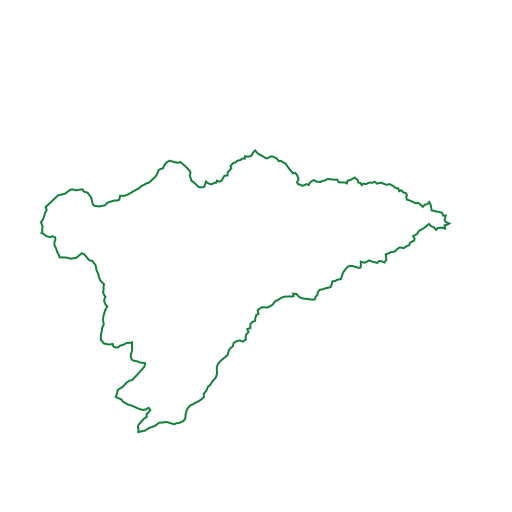 the district of Guarani de Goiás, Goiás, Brazil, rotated 159°
{"feature_id": "56859067B43710707845726", "entity_name": "Guarani de Goiás", "entity_type": "district", "adm_level": 2, "iso_a3": "BRA", "parent_name": "Brazil", "parent_adm1": "Goiás", "projection": "albers", "projection_center": [-46.452, -13.879], "detail": "fine", "context": "isolated", "style": "outline", "palette": "green", "viewbox_px": 512, "rotation_deg": 159, "n_neighbors": 0, "source": "geoboundaries", "source_scale": "gbopen_adm2", "svg_char_len": 5081}
<svg xmlns="http://www.w3.org/2000/svg" viewBox="0 0 512 512"><g transform="rotate(159 256 256)"><path d="M429.0,133.8L422.0,132.8L417.2,133.8L411.3,133.6L406.1,135.1L403.5,134.2L399.0,133.1L392.5,128.1L390.4,128.5L387.9,127.7L382.8,127.9L380.2,129.7L378.6,133.2L377.0,135.2L375.9,137.0L373.6,138.8L370.8,140.1L367.6,140.2L364.9,140.8L361.9,140.9L358.7,141.7L355.2,142.9L354.2,146.1L350.4,148.2L347.8,151.1L344.9,152.1L341.4,154.7L337.0,157.0L334.5,160.2L332.6,165.9L330.2,169.0L325.6,171.2L318.4,173.5L316.9,175.2L314.7,178.2L312.5,179.2L310.0,180.0L308.1,182.8L305.1,183.4L301.3,183.0L299.1,180.8L295.4,181.6L294.9,183.7L293.4,186.1L290.3,187.5L290.3,190.9L287.0,190.8L285.8,194.2L283.1,195.8L280.1,195.7L278.9,198.3L276.8,200.8L274.4,201.0L273.9,204.8L269.2,206.1L266.1,205.0L264.3,203.9L260.8,204.0L257.8,204.7L254.4,206.8L250.1,207.3L246.5,208.0L243.9,207.9L241.7,207.0L239.7,206.5L237.6,205.4L235.2,205.1L234.9,207.6L231.8,206.0L230.6,202.7L228.9,200.5L225.5,198.4L223.0,197.3L220.1,195.5L216.8,194.3L214.9,196.6L212.6,197.7L211.1,200.2L208.6,201.6L205.3,200.9L202.4,201.0L199.9,200.5L197.6,200.2L195.3,202.7L193.7,205.0L191.3,204.3L188.3,204.7L185.2,204.0L183.4,205.9L180.7,209.3L177.2,211.6L174.0,213.2L171.7,212.9L169.6,212.1L167.2,210.4L164.9,208.3L162.6,207.7L161.3,210.0L160.2,213.2L157.3,210.9L155.0,210.8L152.1,211.4L149.3,209.0L145.3,206.1L142.7,207.2L140.2,205.7L138.5,203.9L135.9,205.5L134.9,208.3L134.2,211.2L131.7,210.9L128.7,211.2L124.8,210.5L121.4,211.9L118.8,212.5L115.3,210.4L111.9,211.2L109.0,211.2L107.7,213.1L105.5,213.6L102.7,213.8L101.6,215.6L102.2,218.2L97.8,218.9L94.4,221.2L91.8,221.4L88.5,222.1L83.0,223.9L81.8,221.1L79.8,219.2L78.4,215.8L76.3,217.0L72.0,215.7L69.6,213.8L69.0,217.1L66.4,216.7L63.9,217.1L66.6,219.7L67.1,222.0L65.8,223.9L64.4,225.8L66.8,226.6L66.9,229.9L71.3,232.7L73.5,234.3L75.7,235.5L74.6,241.0L75.0,244.3L77.1,243.1L80.1,243.3L82.7,242.1L83.8,244.7L85.7,247.6L87.9,248.0L90.0,250.1L91.9,252.1L95.0,254.7L94.7,257.0L93.2,258.9L93.8,261.3L95.8,262.5L96.6,265.3L99.1,265.2L99.0,268.3L100.8,269.0L102.0,270.8L103.6,273.1L105.5,275.2L108.9,275.8L110.7,277.6L113.5,279.8L117.1,280.2L118.4,282.6L121.1,282.7L124.2,284.0L127.5,283.7L129.8,285.1L131.9,284.3L132.3,286.7L134.2,287.9L133.7,290.0L134.7,291.9L135.8,293.9L140.7,293.1L143.6,293.5L145.1,291.2L146.6,292.7L149.8,294.1L152.3,295.1L152.7,298.0L155.3,299.1L158.0,300.4L161.5,302.3L164.7,301.8L166.7,302.3L169.3,302.0L172.8,303.7L174.7,306.2L177.2,305.9L179.5,305.0L181.3,303.4L182.7,304.9L187.5,304.9L189.2,306.8L190.9,307.8L191.4,310.0L188.6,312.6L188.7,317.1L189.8,319.8L191.9,319.9L192.9,323.1L194.0,326.3L194.7,329.3L195.2,331.5L196.7,333.2L198.6,335.8L200.6,336.3L201.8,339.7L204.7,342.8L206.5,343.7L209.4,343.2L211.5,343.4L213.3,346.0L216.9,350.1L217.9,351.9L219.0,354.9L221.7,353.6L224.2,351.3L227.9,351.4L230.4,353.1L231.7,350.9L233.6,351.9L236.1,351.2L239.6,351.6L241.7,350.6L243.7,351.1L247.6,349.1L247.5,346.8L250.7,345.1L252.5,344.2L253.8,341.4L256.7,342.2L261.2,338.6L263.8,338.6L265.5,340.3L267.0,338.7L268.9,339.2L271.9,338.8L274.6,341.0L276.0,343.5L278.1,340.9L279.4,339.2L282.2,339.5L284.9,341.0L285.8,343.2L287.9,347.6L289.3,349.3L289.1,351.5L289.1,354.5L287.2,357.5L287.9,360.7L289.7,364.9L293.0,370.9L295.5,371.0L297.4,372.1L302.6,376.0L305.8,375.4L308.5,374.0L311.6,371.1L314.0,371.5L316.1,371.0L318.4,368.5L321.6,366.0L324.7,364.8L329.7,362.8L332.5,363.1L335.1,362.5L337.7,362.4L341.3,361.1L346.2,360.5L349.2,360.0L353.6,359.3L357.5,359.4L361.3,360.9L363.4,357.6L365.6,357.5L368.4,358.6L374.4,359.0L376.8,358.6L378.7,357.4L384.5,358.4L389.2,361.0L389.8,363.1L388.9,369.5L390.5,375.4L393.6,377.8L394.1,380.4L397.2,381.2L400.4,381.7L402.5,383.4L404.5,384.3L406.9,384.1L412.0,382.6L416.5,383.2L418.9,383.6L434.9,377.1L434.9,374.0L437.4,371.9L439.1,369.6L441.9,366.4L444.6,364.7L444.6,360.0L445.8,358.3L446.4,356.0L448.1,354.3L446.4,352.8L444.4,349.4L441.2,347.3L438.9,347.5L436.9,345.3L437.5,343.0L439.3,341.1L440.3,338.4L439.9,334.3L440.2,331.0L439.7,327.9L439.8,325.1L436.1,323.6L433.6,322.5L430.1,320.0L424.6,318.7L417.6,321.0L415.8,319.3L413.2,311.8L410.7,310.1L410.0,307.9L409.1,305.0L409.5,302.1L410.1,299.5L409.7,296.2L410.2,292.8L410.1,288.7L408.0,284.0L409.5,281.7L410.3,279.3L411.9,276.8L411.6,273.8L411.3,271.5L413.1,270.0L414.0,267.9L413.9,264.7L412.9,262.2L415.8,259.9L419.6,255.1L421.6,251.8L422.2,248.7L423.0,246.1L425.1,244.4L426.4,241.9L428.6,238.7L429.9,235.9L431.0,233.4L429.9,231.0L429.4,228.8L427.6,227.7L424.8,225.9L421.3,225.2L421.6,222.7L419.9,220.9L417.4,220.2L414.8,221.0L411.7,220.6L407.7,221.2L404.8,220.1L402.6,219.8L403.5,217.7L405.6,212.0L407.8,209.5L408.8,207.6L409.2,204.0L407.8,202.1L405.0,200.5L402.2,198.0L398.0,195.7L399.9,192.6L410.5,187.2L416.1,184.6L419.0,184.9L422.1,184.2L427.3,181.6L433.0,180.6L435.1,177.3L437.5,174.7L435.8,172.8L433.1,170.5L432.7,168.1L428.8,163.2L427.1,162.1L424.0,159.2L419.1,154.4L416.1,152.5L414.0,152.4L410.6,152.7L409.9,150.0L412.4,148.5L414.9,147.5L415.5,145.1L418.8,144.3L422.6,142.4L426.1,140.6L427.4,139.0L427.9,136.3L429.0,133.8Z" fill="none" stroke="#15803d" stroke-width="2"/></g></svg>